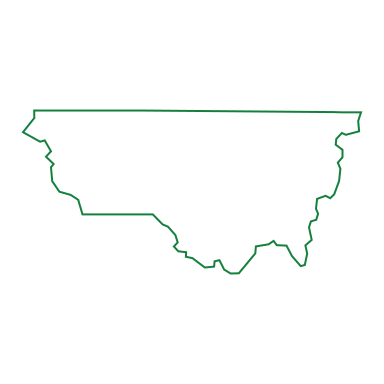 Pitkin, Colorado, United States of America
{"feature_id": "52423323B63555126894288", "entity_name": "Pitkin", "entity_type": "district", "adm_level": 2, "iso_a3": "USA", "parent_name": "United States of America", "parent_adm1": "Colorado", "projection": "mercator", "projection_center": [-106.839, 39.172], "detail": "fine", "context": "isolated", "style": "outline", "palette": "green", "viewbox_px": 384, "rotation_deg": 0, "n_neighbors": 0, "source": "geoboundaries", "source_scale": "gbopen_adm2", "svg_char_len": 929}
<svg xmlns="http://www.w3.org/2000/svg" viewBox="0 0 384 384"><path d="M137.5,110.5L34.2,110.5L34.3,118.0L23.0,132.2L40.1,141.7L44.7,140.4L51.0,151.3L46.0,156.7L53.6,164.0L51.0,167.3L52.2,181.2L59.4,191.7L70.7,194.9L78.2,199.8L82.5,214.4L152.8,214.4L162.6,224.4L168.0,226.7L175.4,235.1L177.7,242.4L173.9,246.5L178.3,251.3L186.1,252.2L185.9,256.8L192.4,258.1L204.8,267.5L214.1,266.6L214.6,261.3L219.4,260.2L224.2,269.6L230.6,273.5L238.8,273.3L255.3,253.4L255.9,246.4L268.6,244.3L273.6,240.9L276.8,245.2L286.5,245.6L292.0,256.1L300.7,266.1L304.8,265.0L307.2,253.7L305.4,245.4L311.7,239.9L309.0,227.4L310.9,221.4L316.2,219.8L318.1,213.8L316.0,208.7L317.1,198.9L325.6,195.8L330.2,198.2L334.2,194.3L339.1,181.0L340.4,168.7L337.8,162.7L342.5,157.2L342.5,149.8L335.7,144.7L336.3,138.9L341.9,133.0L345.9,134.8L359.1,131.3L358.2,121.0L361.0,112.3L340.5,112.3L334.0,112.1L137.5,110.5Z" fill="none" stroke="#15803d" stroke-width="2"/></svg>